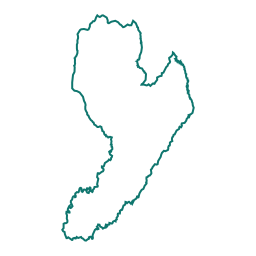 Patía, Cauca, Colombia (Equal Earth projection)
{"feature_id": "7082276B46133695651434", "entity_name": "Patía", "entity_type": "district", "adm_level": 2, "iso_a3": "COL", "parent_name": "Colombia", "parent_adm1": "Cauca", "projection": "equal_earth", "projection_center": [-77.047, 2.133], "detail": "fine", "context": "isolated", "style": "outline", "palette": "teal", "viewbox_px": 256, "rotation_deg": 0, "n_neighbors": 0, "source": "geoboundaries", "source_scale": "gbopen_adm2", "svg_char_len": 5746}
<svg xmlns="http://www.w3.org/2000/svg" viewBox="0 0 256 256"><path d="M72.2,88.4L74.4,90.7L76.9,91.1L79.7,92.5L83.0,96.8L84.0,100.8L85.2,103.2L85.6,105.1L85.3,106.3L85.3,109.1L85.8,110.6L87.2,113.1L87.1,114.1L87.7,115.2L88.4,115.5L89.2,117.6L90.8,120.0L92.2,121.1L92.8,122.2L93.6,122.5L94.2,124.5L95.7,125.3L97.4,127.0L98.5,127.0L100.1,126.3L101.4,127.0L101.6,128.5L102.2,129.5L102.2,130.8L103.7,131.7L104.4,134.3L105.1,135.0L105.8,134.9L106.1,136.4L107.5,136.5L108.2,137.5L110.0,136.8L111.8,137.4L111.0,139.3L111.5,141.3L111.2,143.2L111.4,143.8L110.9,144.6L111.7,144.9L111.5,146.7L112.1,146.9L112.3,148.0L112.3,149.2L111.5,149.9L111.1,151.7L110.6,151.9L110.0,151.1L109.2,151.7L110.1,154.5L112.1,155.8L111.8,157.1L111.2,157.7L110.9,159.5L110.2,160.2L109.0,159.5L108.1,160.8L104.9,163.0L103.8,166.3L103.2,166.6L101.9,166.4L101.9,167.6L103.6,169.2L103.6,170.0L103.0,171.3L101.6,171.9L99.2,173.8L98.0,173.1L97.7,173.3L97.1,177.1L98.3,178.8L97.1,184.2L97.8,186.0L97.5,186.7L94.5,187.0L94.0,188.7L92.8,190.0L92.7,191.5L92.3,192.0L90.8,191.0L90.5,187.9L90.0,187.5L89.4,188.4L90.1,190.6L89.2,191.4L88.7,193.0L87.3,192.7L86.5,191.5L86.6,190.3L87.9,189.0L87.7,188.3L87.0,188.3L86.6,189.7L85.8,190.0L84.2,189.5L83.6,189.7L82.9,191.5L82.3,191.9L81.5,191.1L81.4,188.4L80.9,187.9L80.2,187.9L79.6,188.5L78.7,192.0L78.2,192.4L76.9,192.1L75.3,193.5L75.2,194.7L75.8,196.0L75.5,197.1L75.0,197.2L74.8,196.6L74.0,196.2L73.2,196.5L72.6,197.5L72.1,199.6L70.9,200.9L70.8,202.3L72.5,206.2L71.3,207.7L70.4,208.0L69.9,207.5L69.8,205.6L69.2,206.1L67.9,208.9L67.8,209.8L68.2,210.7L69.3,211.4L69.6,212.2L69.5,212.6L68.0,212.4L66.9,211.6L66.5,211.7L66.3,213.6L67.0,215.2L66.8,218.7L67.4,220.3L67.4,221.8L67.2,222.4L65.9,223.2L64.6,223.2L63.6,223.8L63.6,228.1L62.3,229.8L63.2,231.3L64.6,232.0L64.9,234.2L66.5,238.1L67.2,238.1L68.2,237.3L72.0,240.0L72.4,239.9L72.9,238.5L73.7,238.1L74.8,237.9L75.2,238.5L75.9,238.4L76.7,237.0L78.1,238.0L81.1,237.0L81.8,238.1L82.7,238.4L84.9,240.4L86.0,240.6L87.9,239.1L88.7,239.0L89.0,238.3L88.9,237.3L90.3,236.7L91.0,236.8L91.9,238.7L92.5,238.8L92.9,238.0L92.6,235.8L92.9,234.4L94.9,229.9L96.1,228.9L97.1,229.4L98.4,229.0L98.3,228.4L96.9,226.7L97.7,225.9L98.1,224.5L99.5,224.7L100.2,226.6L101.8,227.3L102.9,228.6L103.8,227.9L105.0,227.8L105.9,224.6L106.5,224.8L106.9,226.6L107.4,226.0L107.5,224.8L109.3,224.5L109.4,222.9L111.9,223.6L112.5,223.1L113.0,221.7L113.4,221.4L114.9,220.8L115.6,221.3L115.8,220.0L116.8,219.4L116.5,218.0L117.9,216.0L117.7,214.8L117.9,213.7L119.2,213.3L119.8,213.5L120.0,212.9L119.9,210.9L121.0,210.0L121.4,210.1L121.8,209.5L122.2,209.6L123.5,205.5L124.8,204.9L125.3,204.0L125.5,201.9L126.2,202.1L127.1,203.1L128.5,201.9L129.1,201.8L130.9,203.7L132.1,201.7L132.5,203.3L134.2,199.8L135.7,199.1L136.9,197.5L137.0,196.5L137.8,196.3L138.2,197.4L138.5,197.3L139.4,193.6L140.3,191.9L141.7,189.8L143.4,188.9L144.7,185.7L146.5,183.6L146.6,183.0L146.1,182.6L146.7,180.9L146.4,178.7L146.5,177.3L147.6,177.0L148.5,175.8L149.7,175.6L151.2,173.8L151.4,173.2L150.9,169.7L152.0,168.6L152.5,167.3L154.9,164.2L156.7,164.6L157.6,164.2L158.2,160.9L160.7,156.8L161.2,154.7L162.0,152.8L163.9,150.8L165.4,151.2L167.9,150.0L168.3,148.7L168.2,147.3L168.8,145.8L169.6,145.6L169.9,145.0L169.9,142.7L170.5,142.0L172.3,141.1L171.9,139.2L172.1,137.9L172.5,137.0L173.1,136.6L173.6,134.8L174.7,134.4L176.6,130.5L179.0,129.0L179.3,128.4L179.2,127.3L179.8,126.6L181.2,127.2L181.9,125.7L181.5,124.5L181.8,123.4L184.6,122.9L186.2,120.7L186.7,118.9L187.6,118.0L188.0,117.1L189.0,117.3L189.5,115.9L188.6,115.7L188.5,115.1L190.7,114.3L192.5,112.9L193.7,107.7L192.8,105.4L192.5,102.8L192.0,101.9L191.7,100.4L190.9,99.1L190.1,98.8L190.1,97.7L189.7,97.6L189.4,96.8L189.3,94.8L188.4,93.8L188.7,90.7L188.3,90.5L187.8,91.2L187.8,89.5L187.2,89.5L187.3,87.5L187.6,87.5L187.7,87.0L187.4,86.8L186.8,87.1L186.6,86.7L186.7,86.2L187.1,86.5L187.9,85.8L187.2,83.4L188.2,81.5L188.2,80.6L187.6,80.5L187.7,79.8L187.3,79.2L187.4,78.3L186.5,77.9L186.1,76.7L186.2,76.1L186.0,75.4L186.3,74.2L185.5,73.6L185.0,70.2L184.4,69.6L184.6,68.4L184.0,67.2L184.2,66.8L183.5,65.9L183.1,64.7L182.4,64.9L181.7,63.4L181.4,63.7L181.2,62.4L180.8,62.5L180.7,63.6L180.4,63.6L180.3,61.4L179.2,62.5L179.0,61.8L178.5,61.8L178.6,61.1L177.7,60.6L177.2,61.6L176.7,60.6L176.2,60.6L176.3,59.8L175.7,60.1L175.7,59.3L175.2,58.8L176.0,58.4L176.5,56.6L175.4,55.7L173.6,53.0L172.9,52.5L172.8,54.2L172.3,55.1L170.9,56.7L169.2,57.8L169.2,58.8L170.1,61.7L169.8,62.6L168.1,64.1L167.6,65.8L166.2,67.1L163.4,72.7L161.8,73.1L161.8,74.7L161.5,75.9L159.7,76.2L157.1,77.5L157.2,79.8L155.2,82.4L154.5,83.8L154.1,83.9L153.2,83.4L152.7,83.6L150.4,85.9L148.6,84.3L147.4,85.2L146.5,85.4L143.9,84.6L141.5,84.7L141.7,84.2L142.7,83.7L145.6,79.9L146.0,74.1L145.2,72.8L144.5,72.6L144.3,71.4L143.6,71.2L142.1,68.5L139.7,67.9L138.8,66.6L138.1,66.8L138.1,65.8L137.4,65.5L137.9,64.2L137.5,63.6L137.2,61.6L136.9,61.4L137.2,61.3L137.7,59.8L138.8,59.7L139.5,58.6L139.3,58.0L139.6,57.5L139.7,55.6L141.2,52.1L141.9,47.5L141.5,44.2L140.8,43.1L140.9,42.3L141.4,42.3L140.7,39.4L140.8,38.8L140.4,38.5L140.7,37.1L140.3,34.1L140.7,33.2L138.3,29.9L138.0,27.5L137.2,27.1L137.1,26.3L135.8,23.2L133.1,20.8L131.3,25.2L129.3,25.3L127.6,24.5L124.5,26.8L123.1,27.2L120.9,24.8L120.0,24.5L118.2,22.3L115.3,20.8L111.4,21.7L108.9,23.2L108.2,23.1L107.7,22.5L107.7,20.3L106.7,17.6L103.1,15.4L102.2,15.4L99.9,17.0L98.3,16.3L97.3,15.4L96.2,17.2L95.2,20.0L94.3,21.2L93.1,21.2L91.8,22.8L90.5,23.6L89.9,24.8L89.8,26.7L88.6,29.4L87.5,29.9L84.0,29.0L81.2,29.3L80.0,30.1L77.5,34.2L78.0,36.0L78.1,38.0L77.4,40.4L77.5,43.0L76.9,44.5L76.9,48.6L77.1,50.2L77.5,50.6L77.4,53.2L76.4,55.9L75.6,56.7L75.2,57.8L74.6,58.2L75.0,59.6L74.9,62.3L75.1,63.3L74.7,65.3L74.2,65.7L74.7,67.1L74.5,71.9L73.0,74.9L72.2,82.4L72.2,88.4Z" fill="none" stroke="#0f766e" stroke-width="2"/></svg>